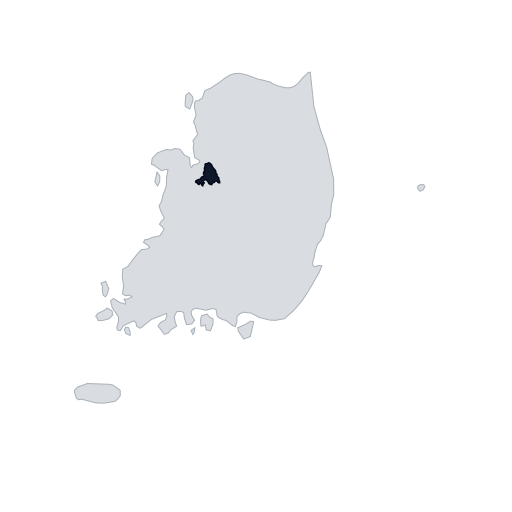 Cheonan-si, South Chungcheong, South Korea (highlighted), rotated 18°
{"feature_id": "91817680B50780672353800", "entity_name": "Cheonan-si", "entity_type": "district", "adm_level": 2, "iso_a3": "KOR", "parent_name": "South Korea", "parent_adm1": "South Chungcheong", "projection": "albers", "projection_center": [127.19, 36.798], "detail": "fine", "context": "in_parent", "style": "filled", "palette": "ink", "viewbox_px": 512, "rotation_deg": 18, "n_neighbors": 0, "source": "geoboundaries", "source_scale": "gbopen_adm2", "svg_char_len": 4544}
<svg xmlns="http://www.w3.org/2000/svg" viewBox="0 0 512 512"><g transform="rotate(18 256 256)"><path d="M154.3,124.2L156.0,122.8L156.1,120.9L156.2,114.6L161.1,110.3L168.1,101.3L171.5,96.4L175.4,91.8L179.8,88.8L184.2,87.3L191.1,86.7L204.4,87.2L207.0,86.7L216.2,86.2L218.4,87.0L225.1,87.5L232.5,86.8L236.2,85.5L239.6,83.2L242.6,79.1L245.6,71.5L248.9,65.5L250.8,64.4L264.8,95.8L278.1,116.0L289.5,130.6L306.0,158.8L311.1,173.9L311.7,183.3L314.7,196.2L312.6,203.7L313.6,215.4L312.7,221.5L310.8,226.0L310.9,234.5L311.7,239.0L311.9,245.1L313.2,247.4L315.1,248.2L318.0,245.9L321.6,244.9L321.1,252.2L317.2,270.7L313.7,284.2L308.8,296.0L302.4,306.8L294.5,311.1L288.9,312.7L278.3,313.5L269.4,311.8L261.8,313.2L258.8,315.5L256.6,319.3L258.3,325.2L258.1,329.6L254.9,329.3L248.4,326.8L241.2,326.5L237.8,325.3L234.4,319.1L230.9,319.4L225.0,323.1L215.8,324.0L212.6,326.0L211.4,328.6L212.8,331.9L217.5,336.2L215.9,340.5L211.1,342.7L207.2,337.4L204.7,332.1L202.0,331.9L197.8,333.4L197.0,339.0L199.0,342.9L202.2,347.3L197.7,352.5L196.5,356.2L193.2,358.8L184.4,352.9L185.7,348.8L189.5,344.8L189.9,340.6L188.7,338.2L176.1,348.7L168.3,360.5L164.2,359.6L162.4,356.6L160.0,355.3L151.6,362.9L150.0,369.0L146.9,369.2L145.6,366.6L145.5,361.1L144.1,356.5L135.4,349.7L131.5,343.7L133.7,340.4L140.9,342.3L146.7,342.1L145.6,339.3L143.7,337.9L147.5,336.4L150.7,333.2L148.1,332.3L144.1,334.1L140.7,333.2L139.4,325.4L135.4,317.5L133.4,309.7L137.5,305.4L139.6,298.5L143.4,288.5L145.2,285.3L150.4,283.0L152.2,280.4L149.4,279.1L144.9,277.9L145.1,275.0L148.1,273.5L151.6,270.3L158.3,266.5L160.3,259.2L158.4,257.4L154.3,255.6L155.3,251.9L157.0,249.1L156.4,247.5L151.5,242.7L148.3,238.3L149.3,233.4L148.6,226.0L149.1,219.7L148.9,216.3L146.6,208.7L145.6,201.0L142.5,202.1L139.9,204.0L131.0,201.2L128.2,201.0L127.1,195.3L130.4,188.4L138.0,182.3L142.4,181.5L145.7,178.8L150.8,178.0L156.9,182.2L162.5,183.1L165.5,190.4L167.4,191.9L167.8,189.2L172.3,186.1L173.3,183.8L172.4,182.5L167.2,181.2L162.7,172.2L162.1,168.3L160.4,165.8L162.9,158.6L157.6,150.4L155.1,147.8L155.5,140.5L152.8,135.8L151.2,133.2L150.3,128.8L151.1,126.8L153.6,126.0L154.3,124.2ZM134.2,446.1L131.6,447.6L129.1,446.7L128.4,445.9L125.5,441.8L124.8,439.8L126.8,435.8L135.0,429.4L156.2,423.3L160.0,423.0L168.3,425.7L170.1,430.8L168.5,435.1L166.6,438.0L156.9,442.9L149.3,445.2L134.2,446.1ZM275.5,334.4L270.0,338.8L262.6,333.1L260.8,329.9L266.3,325.1L271.0,319.6L274.1,319.2L275.5,334.4ZM236.2,334.4L235.7,341.3L231.5,341.7L229.1,337.2L226.5,339.4L225.1,339.5L223.0,333.9L222.6,329.6L227.4,326.3L230.4,328.3L234.6,329.2L236.2,334.4ZM129.5,365.1L125.8,366.1L123.7,363.7L122.2,363.0L123.1,359.8L129.3,353.6L130.5,351.5L136.1,352.8L138.1,356.2L135.5,361.2L129.5,365.1ZM148.0,127.3L147.6,136.6L144.5,136.2L142.4,135.3L141.6,133.4L139.5,124.7L141.9,121.2L146.5,124.1L148.0,127.3ZM126.2,339.6L125.4,341.3L122.9,340.7L120.3,335.8L119.3,332.0L116.8,329.8L120.9,326.5L126.1,332.6L126.2,339.6ZM141.5,215.2L140.7,219.8L136.9,216.7L135.9,206.7L139.8,209.6L141.5,215.2ZM394.4,141.6L391.9,143.8L388.8,141.8L388.4,139.6L389.9,137.6L393.5,136.3L395.2,138.0L394.4,141.6ZM159.8,367.2L160.8,370.5L156.1,369.9L153.6,366.6L154.0,363.9L156.8,363.5L159.8,367.2ZM220.8,348.0L220.2,350.2L217.2,346.9L220.1,343.2L220.8,348.0Z" fill="#d9dde1" stroke="#a8b0b8" stroke-width="1"/><path d="M198.8,197.6L198.3,196.1L197.3,195.4L197.1,194.7L196.4,193.2L194.9,192.4L193.9,191.8L194.0,190.9L193.3,190.1L192.6,190.0L192.1,189.2L191.6,187.9L191.2,187.6L190.7,187.3L190.2,186.6L189.1,186.1L188.1,185.4L187.1,184.8L186.0,183.5L185.6,183.0L184.0,182.2L182.9,181.9L182.7,181.9L182.0,182.1L181.4,182.9L180.6,183.4L179.8,183.8L179.4,184.2L179.2,184.6L179.3,184.7L179.5,185.1L179.8,185.4L179.8,186.5L179.8,187.6L179.9,188.7L180.2,189.5L181.2,190.0L181.0,190.8L180.5,191.3L180.4,192.7L180.5,193.8L180.9,194.5L181.7,194.8L181.8,195.9L181.6,196.6L180.8,196.9L180.3,197.3L180.1,197.5L179.4,199.3L179.3,200.2L178.6,200.6L177.9,200.9L177.3,201.4L176.6,202.1L175.9,202.7L175.6,203.4L175.6,204.1L176.3,204.6L177.3,204.4L177.7,204.7L177.7,204.9L178.4,205.4L179.7,205.6L179.9,205.0L180.1,204.3L181.0,204.0L181.6,204.2L182.3,205.2L183.6,205.7L183.6,205.4L183.6,204.4L183.7,203.5L184.1,203.0L184.0,202.2L182.9,201.9L182.3,201.4L182.5,200.7L183.1,200.0L184.2,199.0L185.2,199.1L186.6,199.6L187.9,200.6L188.2,201.1L188.9,201.7L189.7,201.9L190.4,202.0L191.8,201.8L191.8,201.7L191.9,200.6L192.4,199.3L193.2,199.2L193.7,198.7L193.8,197.6L194.3,197.2L194.7,197.0L196.1,196.9L196.8,197.6L197.4,197.8L198.0,197.9L198.8,197.6Z" fill="#0f172a" stroke="#020617" stroke-width="1.5"/></g></svg>